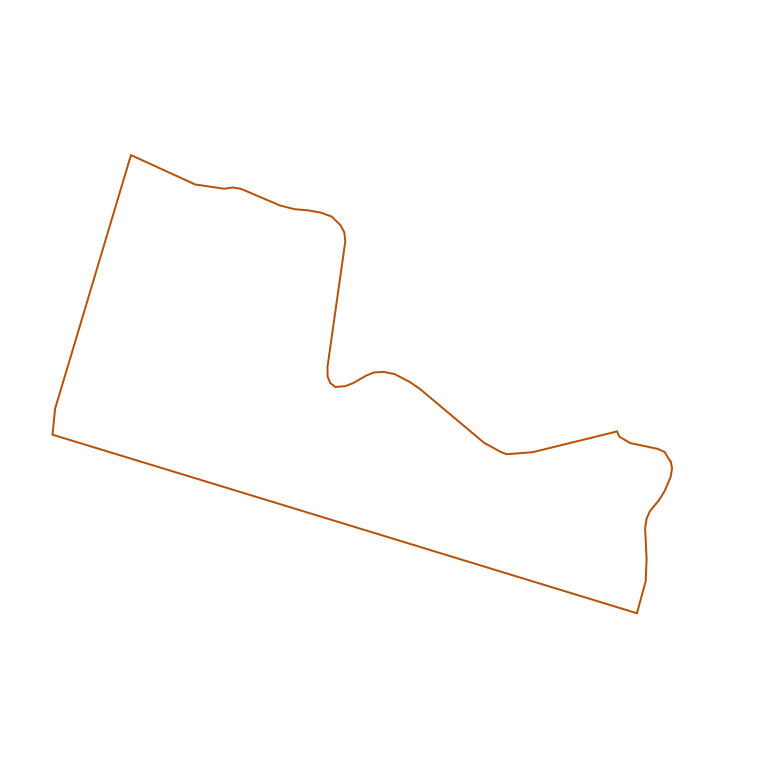 outline of Kié-Ntem, rotated 197°
{"feature_id": "GNQ-1469", "entity_name": "Kié-Ntem", "entity_type": "Province", "adm_level": 1, "iso_a3": "GNQ", "parent_name": "Equatorial Guinea", "parent_adm1": "", "projection": "orthographic", "projection_center": [10.81, 1.949], "detail": "fine", "context": "isolated", "style": "outline", "palette": "amber", "viewbox_px": 768, "rotation_deg": 197, "n_neighbors": 0, "source": "natural_earth", "source_scale": "10m", "svg_char_len": 811}
<svg xmlns="http://www.w3.org/2000/svg" viewBox="0 0 768 768"><g transform="rotate(197 384 384)"><path d="M75.1,238.7L85.1,238.7L285.4,238.7L485.8,238.7L686.2,238.6L691.3,264.3L691.6,318.1L692.7,493.8L692.9,528.9L692.7,528.9L623.0,519.6L593.9,524.0L586.3,527.6L578.2,528.8L535.5,524.3L520.7,525.0L507.3,527.9L494.1,529.4L483.0,528.8L471.8,523.0L466.2,517.2L462.7,509.0L443.0,383.6L440.1,374.6L435.6,369.2L429.8,366.9L420.6,370.5L414.0,375.6L403.4,386.9L396.8,392.2L387.7,395.5L376.8,396.6L359.7,393.4L348.0,389.7L271.1,357.0L252.7,353.2L246.2,352.7L222.0,362.2L147.2,406.8L143.5,402.4L131.4,399.5L103.0,402.0L95.7,401.0L88.2,394.2L87.0,393.6L83.9,387.6L82.7,379.1L84.4,363.5L87.0,353.5L92.5,340.2L93.5,332.0L92.1,322.3L81.8,293.7L76.1,272.1L75.1,238.7Z" fill="none" stroke="#b45309" stroke-width="2"/></g></svg>